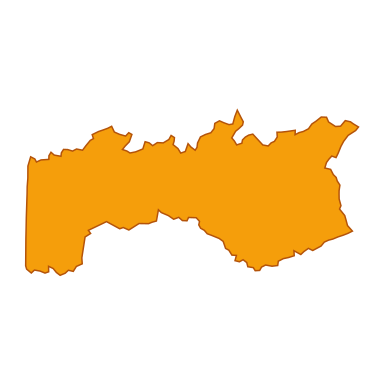 Jesuítas, Paraná, Brazil, rotated 89°
{"feature_id": "56859067B94541808233523", "entity_name": "Jesuítas", "entity_type": "district", "adm_level": 2, "iso_a3": "BRA", "parent_name": "Brazil", "parent_adm1": "Paraná", "projection": "albers", "projection_center": [-53.417, -24.413], "detail": "fine", "context": "isolated", "style": "filled", "palette": "amber", "viewbox_px": 384, "rotation_deg": 89, "n_neighbors": 0, "source": "geoboundaries", "source_scale": "gbopen_adm2", "svg_char_len": 2682}
<svg xmlns="http://www.w3.org/2000/svg" viewBox="0 0 384 384"><g transform="rotate(89 192 192)"><path d="M154.0,352.7L163.2,355.6L175.4,355.9L183.9,356.7L190.3,356.9L214.5,358.1L225.5,358.5L235.8,358.9L262.9,359.6L266.2,358.7L270.2,354.1L267.3,350.9L268.4,345.3L270.5,340.4L269.3,336.7L263.8,336.7L266.1,332.1L270.1,329.0L273.0,325.3L271.0,320.2L268.1,317.0L269.3,312.1L264.4,308.9L261.9,303.0L255.9,303.3L235.1,299.7L231.7,294.1L228.5,296.3L222.2,282.5L220.1,278.0L227.5,264.9L226.3,261.4L228.9,255.8L222.6,245.5L222.9,236.0L221.5,232.4L220.4,228.1L209.2,225.9L212.0,223.1L215.2,216.0L218.9,210.8L217.1,205.7L220.4,202.1L220.7,197.5L217.4,195.9L217.8,188.2L221.5,185.0L225.0,185.8L228.4,184.0L230.5,180.4L234.0,177.5L235.6,173.4L238.9,165.7L241.9,161.7L249.0,159.4L250.8,156.2L255.8,153.2L256.2,148.7L261.4,150.2L262.6,145.8L260.6,142.1L263.5,138.5L267.7,137.5L268.7,132.0L271.8,130.2L271.6,125.7L268.3,123.8L266.3,119.7L267.6,113.3L267.0,107.6L262.7,106.9L260.2,101.8L259.2,96.6L257.5,90.9L252.5,91.1L256.4,84.3L253.4,81.0L250.4,76.6L252.6,72.3L250.5,68.2L248.3,63.9L244.4,60.6L242.5,56.2L241.5,52.0L239.4,46.7L237.9,41.8L236.1,36.9L233.9,32.3L228.3,37.1L222.3,38.6L218.2,39.7L211.6,44.8L208.3,43.3L201.6,45.0L196.7,45.0L193.2,44.9L187.7,44.0L183.5,46.6L180.0,47.6L177.1,50.4L171.8,53.0L170.3,58.8L164.8,57.0L161.4,54.4L158.5,51.6L160.1,47.4L156.0,45.3L149.0,42.3L144.0,39.5L138.1,34.9L133.4,27.3L129.9,24.4L126.7,29.5L124.6,32.3L123.3,37.5L128.8,42.3L129.0,47.4L124.4,54.2L119.6,56.2L119.3,61.5L123.4,66.8L126.1,71.0L130.8,74.4L133.4,79.6L134.5,83.9L136.5,87.9L132.1,87.7L133.2,96.4L133.7,101.8L133.7,106.0L138.5,105.8L142.8,108.7L144.3,112.1L147.3,115.0L146.2,120.4L141.6,124.5L135.2,130.2L136.1,134.3L138.0,137.7L140.8,140.6L144.1,141.3L145.7,146.5L141.8,148.7L138.6,151.3L132.0,147.3L129.5,144.1L126.0,140.3L122.7,139.5L118.4,141.7L111.0,145.3L117.4,147.9L124.7,150.0L125.3,153.8L123.3,159.0L121.3,163.3L123.8,168.0L129.0,168.8L133.1,172.1L134.7,177.5L137.1,182.6L143.1,185.6L147.4,186.2L150.3,188.1L147.0,192.3L143.6,195.1L151.4,198.0L152.9,202.6L148.3,205.3L144.3,210.1L140.8,209.0L137.3,208.6L135.1,211.9L139.1,214.2L142.4,219.9L142.0,225.8L145.0,230.5L142.1,234.0L140.9,238.0L148.1,240.4L150.9,247.7L151.9,253.3L149.9,256.4L148.3,260.8L144.9,258.0L140.7,253.8L133.4,251.1L131.6,254.2L134.9,257.4L133.1,263.4L130.7,268.6L124.9,271.2L126.8,275.1L128.4,279.7L129.9,284.4L132.9,290.8L136.9,289.6L138.6,292.8L143.9,297.3L148.3,300.7L147.0,306.7L149.0,310.7L147.4,315.6L147.2,319.7L150.5,321.9L154.0,322.4L152.7,329.1L149.8,332.3L153.2,334.4L156.9,334.6L157.1,338.4L157.3,342.4L159.3,347.0L156.2,348.6L154.0,352.7Z" fill="#f59e0b" stroke="#b45309" stroke-width="1.5"/></g></svg>